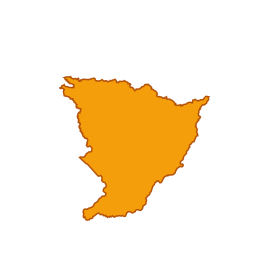 outline of Lilongwe, Lilongwe, Malawi, rotated 238°
{"feature_id": "42251766B26147222520266", "entity_name": "Lilongwe", "entity_type": "district", "adm_level": 2, "iso_a3": "MWI", "parent_name": "Malawi", "parent_adm1": "Lilongwe", "projection": "orthographic", "projection_center": [33.601, -14.039], "detail": "fine", "context": "isolated", "style": "filled", "palette": "amber", "viewbox_px": 256, "rotation_deg": 238, "n_neighbors": 0, "source": "geoboundaries", "source_scale": "gbopen_adm2", "svg_char_len": 5787}
<svg xmlns="http://www.w3.org/2000/svg" viewBox="0 0 256 256"><g transform="rotate(238 128 128)"><path d="M204.5,100.7L204.0,101.0L202.8,100.5L202.3,100.8L202.0,100.6L201.7,100.8L201.9,101.3L201.5,101.7L201.2,101.7L200.7,101.1L200.5,101.6L199.8,101.4L198.9,102.2L198.3,101.4L197.2,102.4L196.5,102.2L195.5,103.6L193.5,105.0L192.9,104.9L192.2,103.7L191.5,103.9L190.9,103.5L193.9,99.2L194.9,98.7L196.4,96.9L197.2,96.6L198.6,96.8L198.4,95.9L198.9,94.4L197.7,93.4L198.2,91.7L197.9,91.4L197.0,92.0L197.2,92.9L195.1,94.3L194.5,94.4L194.2,94.2L194.1,93.4L193.0,92.5L189.1,91.0L186.9,93.3L185.1,94.7L183.3,94.5L183.4,95.1L182.5,95.5L182.0,96.7L181.6,96.6L181.5,95.9L181.2,95.8L180.7,96.2L179.3,96.4L178.6,96.0L178.0,96.7L177.5,96.5L177.2,96.8L176.4,96.4L175.0,97.1L174.8,96.4L174.2,95.9L173.3,95.8L173.3,95.2L172.3,95.2L171.9,96.2L171.3,96.1L170.4,96.6L170.2,97.3L169.0,98.2L168.4,97.2L167.6,96.5L167.1,96.5L167.2,94.9L166.5,94.9L166.9,94.5L166.8,93.5L166.3,92.8L165.3,92.3L164.8,91.3L164.2,91.7L164.0,91.1L163.0,90.5L162.7,90.8L161.5,90.9L161.0,90.1L160.2,90.2L159.3,88.9L158.6,89.6L157.5,89.2L157.0,89.4L157.1,89.7L156.3,89.4L155.7,88.6L155.9,88.2L155.0,87.0L154.1,87.2L153.5,86.8L152.9,87.6L152.3,87.3L151.9,86.6L150.4,85.8L149.9,86.1L149.8,86.7L149.3,86.3L148.8,86.3L148.3,86.0L147.4,86.8L146.4,85.9L144.6,85.6L144.2,86.1L143.4,85.9L143.1,86.2L142.5,86.0L141.9,86.2L141.4,86.8L141.5,87.2L140.9,87.7L139.2,87.5L138.4,87.0L137.4,85.4L136.7,85.0L136.1,85.1L135.5,83.6L133.6,83.6L133.0,84.5L133.2,85.7L132.7,86.4L132.2,86.3L130.8,86.7L129.5,86.4L127.8,85.1L127.4,84.3L128.5,81.8L128.2,80.5L128.3,79.2L127.5,77.8L127.3,77.1L126.5,76.1L127.2,74.1L128.6,72.4L128.7,71.3L120.2,73.5L119.0,74.4L118.2,74.6L103.6,77.1L102.7,77.6L102.3,78.6L102.3,79.6L101.6,79.9L100.3,79.9L98.5,78.9L97.9,78.1L96.7,77.9L95.9,78.0L93.9,79.5L90.6,79.2L89.5,77.7L89.7,76.1L89.4,75.5L88.2,73.8L87.4,73.6L86.5,73.8L84.4,74.7L82.7,73.2L82.7,72.3L83.8,69.9L83.2,67.9L83.3,66.4L82.6,64.6L81.8,63.4L81.7,59.6L80.4,57.6L80.0,56.5L80.3,53.6L80.8,52.2L80.7,50.3L81.9,48.8L82.2,47.5L81.3,46.1L80.0,45.2L79.2,45.3L76.9,43.4L76.0,43.0L75.6,43.1L75.7,43.8L75.2,44.4L74.0,43.7L72.0,44.0L71.3,45.0L71.1,45.9L70.7,46.4L71.2,47.7L70.6,49.1L70.4,50.2L71.4,51.4L71.3,52.5L71.7,56.1L71.6,57.9L70.7,58.4L69.5,58.5L68.9,59.1L68.3,60.5L66.4,61.0L66.1,62.1L64.8,62.3L64.8,63.1L64.0,63.1L63.0,63.4L63.2,63.9L63.0,64.7L62.1,65.3L62.5,66.2L61.5,66.9L61.7,67.6L61.6,68.5L60.6,68.6L59.5,69.5L59.5,71.6L58.7,72.7L58.4,74.0L56.9,75.6L56.9,76.7L55.2,77.8L54.8,78.4L54.7,79.3L56.6,81.9L56.9,83.8L56.1,85.2L55.4,85.8L54.2,86.2L53.5,87.1L53.3,89.9L54.0,90.5L54.1,91.9L53.2,93.3L51.7,94.6L51.5,95.3L51.7,96.8L52.1,97.7L53.9,99.5L54.0,102.1L54.3,103.1L55.2,103.6L57.0,105.5L58.9,105.7L59.5,107.7L59.9,108.1L60.1,110.9L61.7,112.7L61.7,113.7L65.2,117.8L66.1,120.2L67.4,122.3L67.3,124.4L67.7,124.6L67.5,125.2L66.9,125.8L64.7,126.0L64.1,127.3L67.3,132.8L67.1,133.4L67.3,135.0L66.5,136.3L67.0,136.4L66.9,137.2L66.2,137.9L64.5,141.6L64.9,144.0L65.7,144.8L67.7,148.1L67.8,151.8L66.4,153.3L66.7,154.6L67.4,155.2L68.4,155.2L69.0,154.4L69.0,153.8L70.5,153.6L71.7,154.7L72.1,157.9L74.2,160.0L74.7,161.0L75.4,164.1L76.9,164.9L77.9,167.8L79.2,169.7L79.2,170.4L80.6,170.8L81.1,171.9L81.1,173.4L81.7,174.4L82.0,175.5L81.5,176.5L81.4,177.0L82.7,178.2L83.4,179.6L84.1,180.3L84.8,181.4L84.8,182.6L84.5,183.1L86.4,183.8L87.7,184.0L89.3,184.9L89.6,185.6L91.1,186.2L92.4,186.1L92.8,186.4L93.6,186.1L94.3,187.1L95.9,188.3L96.3,189.5L96.9,190.6L96.9,191.8L98.1,192.2L97.9,193.8L98.8,194.6L98.9,195.2L99.5,195.3L101.0,194.6L101.8,194.6L103.0,195.2L103.4,196.2L104.7,196.8L105.4,197.9L105.8,199.3L106.3,199.0L108.0,202.8L108.1,203.7L107.3,204.7L107.2,205.4L107.5,207.8L108.8,209.3L109.0,210.7L109.4,211.4L111.4,212.4L111.6,213.0L112.1,212.3L113.1,211.6L113.5,210.8L113.5,210.2L112.2,206.7L113.4,204.7L113.7,202.1L114.8,201.0L116.8,200.0L116.6,198.9L117.3,197.9L115.2,195.9L115.8,195.1L116.3,195.0L116.9,194.4L116.8,194.1L117.5,193.0L117.6,191.8L117.8,191.4L117.4,190.0L118.4,187.9L118.5,186.8L118.0,186.3L118.1,185.8L118.5,184.8L119.2,185.3L119.9,185.1L119.9,183.8L120.4,183.3L121.5,181.1L122.1,181.0L122.4,180.4L122.9,180.2L123.4,180.5L123.4,181.2L124.9,180.7L126.0,180.7L128.3,179.9L129.3,179.1L130.2,178.9L131.4,176.8L132.3,176.2L133.6,177.2L134.1,177.1L133.8,176.6L134.2,175.9L133.8,175.7L133.8,175.1L134.2,174.8L134.2,174.2L134.8,173.9L134.8,173.4L136.6,172.7L137.4,171.7L137.7,171.6L137.8,171.1L138.3,170.8L139.3,169.5L140.3,169.6L140.8,170.3L141.9,171.1L143.5,171.2L145.4,170.6L146.1,169.9L147.4,169.7L148.0,169.3L148.4,168.5L148.8,168.8L149.4,168.8L149.6,169.3L150.1,169.5L153.3,168.6L153.9,167.8L154.6,168.0L154.8,166.8L155.6,166.2L155.7,165.7L155.7,164.9L155.2,164.2L155.1,163.0L155.6,161.4L155.2,160.6L155.2,157.7L156.7,155.6L155.8,154.3L156.2,153.4L156.7,153.2L157.7,153.6L158.8,153.5L159.2,153.2L160.0,153.3L160.8,152.4L161.0,151.6L161.9,151.5L163.0,151.9L163.6,153.3L164.2,152.9L164.6,153.1L165.1,152.6L165.4,151.5L166.1,151.9L166.8,152.0L168.8,150.5L170.0,150.2L169.9,149.3L170.3,148.7L170.4,147.8L172.0,145.8L171.8,145.2L172.2,144.0L171.8,143.8L172.5,142.6L172.8,142.5L174.6,143.1L176.2,142.8L176.4,140.8L176.9,140.2L176.6,139.4L177.7,138.1L177.3,137.5L177.8,136.3L177.8,135.5L178.2,135.1L178.9,135.0L179.7,134.6L179.8,133.5L180.2,133.3L180.2,132.9L181.0,132.1L182.7,131.7L182.8,129.5L183.2,128.9L183.2,128.2L184.1,126.8L184.5,126.8L184.8,126.1L185.2,125.8L185.9,125.7L187.4,126.1L188.3,125.6L189.5,121.8L189.8,120.2L190.4,119.8L191.3,117.9L192.2,117.3L193.3,115.0L194.0,112.1L193.4,112.0L193.0,112.6L193.0,111.9L194.1,111.1L195.0,111.6L195.6,111.4L196.0,112.3L196.5,112.2L196.8,111.0L196.5,110.0L197.8,109.6L199.1,106.9L200.2,106.8L200.8,106.2L201.7,106.6L202.3,106.2L202.1,105.6L203.9,102.9L204.5,100.7Z" fill="#f59e0b" stroke="#b45309" stroke-width="1.5"/></g></svg>